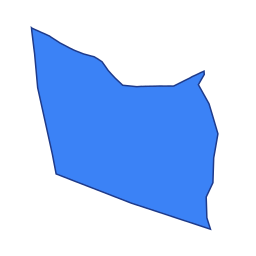 Al Wihda, Southern Darfur, Sudan, rotated 356°
{"feature_id": "16777658B17164908055521", "entity_name": "Al Wihda", "entity_type": "district", "adm_level": 2, "iso_a3": "SDN", "parent_name": "Sudan", "parent_adm1": "Southern Darfur", "projection": "natural_earth1", "projection_center": [24.982, 12.873], "detail": "fine", "context": "isolated", "style": "filled", "palette": "blue", "viewbox_px": 256, "rotation_deg": 356, "n_neighbors": 0, "source": "geoboundaries", "source_scale": "gbopen_adm2", "svg_char_len": 1775}
<svg xmlns="http://www.w3.org/2000/svg" viewBox="0 0 256 256"><g transform="rotate(356 128 128)"><path d="M108.3,62.7L106.9,60.4L106.8,60.2L106.7,60.1L105.9,59.5L105.8,59.4L104.8,58.6L104.7,58.6L104.1,58.1L103.7,57.8L103.5,57.6L103.3,57.5L103.1,57.3L102.6,56.9L102.4,56.8L101.6,56.2L100.9,55.8L99.7,54.9L99.4,54.7L99.0,54.5L98.7,54.4L96.8,53.8L95.1,53.2L94.0,52.8L88.8,51.0L84.0,48.7L83.3,48.4L80.2,46.9L79.7,46.6L79.3,46.4L79.2,46.4L77.3,45.2L76.7,44.9L74.8,43.8L70.5,41.1L66.9,38.9L66.2,38.5L62.4,35.6L60.5,34.2L57.3,31.8L57.2,31.7L56.1,30.8L55.8,30.6L55.4,30.4L55.1,30.3L55.0,30.2L54.8,30.1L53.4,29.3L53.0,29.1L51.0,28.0L49.8,27.4L48.2,26.6L46.4,25.6L45.9,25.3L44.0,24.3L42.6,23.6L40.8,22.6L39.2,21.7L38.9,21.5L38.7,21.3L38.8,24.7L39.7,42.4L40.0,47.3L40.7,81.5L50.7,148.8L53.1,168.8L71.7,177.6L86.2,184.4L126.3,203.3L151.9,213.7L174.8,223.1L203.2,234.7L200.4,223.1L201.2,202.3L208.9,188.5L211.4,163.8L212.9,157.9L217.3,140.1L212.8,119.7L210.5,109.5L201.2,89.7L207.8,79.9L207.8,76.6L206.0,77.3L205.5,77.4L205.2,77.6L204.7,77.7L204.2,77.9L202.1,78.8L201.8,78.9L200.9,79.2L200.3,79.5L200.0,79.6L197.6,80.5L196.2,81.0L195.2,81.4L194.8,81.7L194.4,81.8L194.1,82.0L193.8,82.1L193.7,82.2L193.6,82.3L193.2,82.4L192.6,82.7L191.8,83.0L190.6,83.5L188.1,84.5L186.9,85.0L184.3,86.1L177.8,88.8L176.6,89.3L176.4,89.3L175.2,89.3L173.6,89.1L173.2,89.1L171.9,89.0L170.7,88.9L170.2,88.9L165.4,88.6L165.1,88.5L160.0,88.2L158.5,88.2L153.8,87.9L151.3,87.8L149.9,87.7L149.4,87.7L149.1,87.7L148.3,87.6L147.2,87.6L145.0,87.5L144.2,87.4L142.3,87.4L141.6,87.4L140.7,87.4L140.4,87.4L140.2,87.4L139.9,87.4L139.7,87.4L139.3,87.3L138.8,87.3L138.5,87.2L125.7,85.0L119.0,77.7L118.8,77.5L114.9,72.7L112.2,69.2L108.5,63.0L108.4,62.9L108.3,62.7Z" fill="#3b82f6" stroke="#1e3a8a" stroke-width="1.5"/></g></svg>